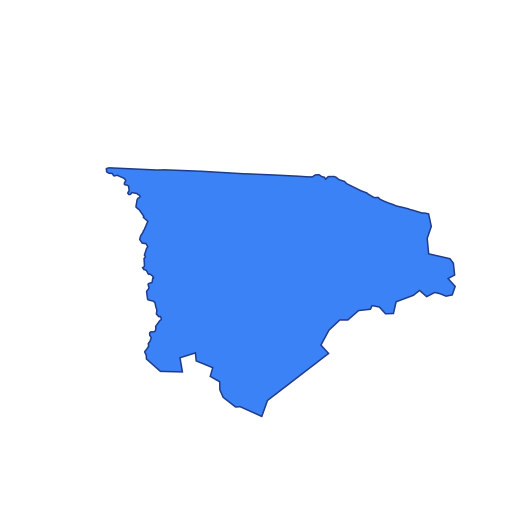 Pike, Kentucky, United States of America (orthographic projection), rotated 224°
{"feature_id": "52423323B94553693259062", "entity_name": "Pike", "entity_type": "district", "adm_level": 2, "iso_a3": "USA", "parent_name": "United States of America", "parent_adm1": "Kentucky", "projection": "orthographic", "projection_center": [-82.303, 37.469], "detail": "fine", "context": "isolated", "style": "filled", "palette": "blue", "viewbox_px": 512, "rotation_deg": 224, "n_neighbors": 0, "source": "geoboundaries", "source_scale": "gbopen_adm2", "svg_char_len": 2698}
<svg xmlns="http://www.w3.org/2000/svg" viewBox="0 0 512 512"><g transform="rotate(224 256 256)"><path d="M162.7,136.6L140.4,144.6L147.4,160.1L136.1,236.3L147.4,237.0L152.0,253.4L151.3,268.2L145.5,273.8L144.3,288.0L136.7,297.2L138.0,301.0L131.8,305.0L122.7,304.4L117.2,310.1L123.4,320.4L115.5,337.0L114.4,344.9L105.0,345.3L102.1,353.9L97.5,356.7L91.4,359.1L87.8,364.3L91.6,372.5L102.2,373.2L99.9,380.3L109.0,387.9L114.6,388.8L133.3,377.5L145.1,387.6L150.4,399.0L161.1,406.2L164.3,404.2L166.2,402.5L166.2,402.4L167.7,401.6L175.9,397.4L177.2,396.5L179.1,395.8L182.6,393.8L186.2,391.7L186.4,391.5L190.4,389.2L191.5,388.9L195.5,387.2L195.8,386.9L201.6,384.5L206.1,383.0L208.8,383.0L211.0,380.6L212.2,379.9L218.1,378.5L220.2,378.3L225.9,375.8L240.1,371.3L241.1,371.0L244.1,371.1L249.4,368.6L253.4,368.2L255.3,367.2L259.2,363.3L259.3,359.6L261.5,360.2L263.8,358.8L266.9,358.3L269.4,355.9L270.1,354.0L270.2,352.5L270.7,351.8L271.4,351.1L273.6,349.0L281.2,342.6L297.7,328.2L320.3,308.2L320.8,307.6L354.4,278.8L381.5,254.6L386.7,249.3L422.7,217.6L424.0,215.8L424.2,214.7L421.9,212.8L419.2,213.4L417.2,215.1L416.5,215.4L414.3,214.9L413.6,215.1L412.1,217.4L411.5,217.8L405.6,220.0L404.9,220.2L402.8,220.0L401.9,219.6L401.5,217.3L400.6,216.2L399.7,216.2L397.8,217.5L396.3,217.8L392.7,215.0L392.2,212.7L391.8,212.1L390.1,211.9L389.3,212.8L389.1,214.0L389.3,215.5L384.9,218.3L383.7,218.2L382.1,218.7L381.2,218.6L380.7,218.3L380.5,217.1L381.0,215.5L380.7,214.0L376.8,208.3L376.0,207.8L371.9,208.1L369.9,207.7L364.3,206.6L364.1,205.8L363.8,205.5L357.9,205.8L354.4,196.5L354.5,195.7L353.9,195.1L353.1,190.9L351.9,188.2L351.1,187.1L346.9,186.2L344.8,187.6L343.9,188.5L340.3,187.5L339.9,185.3L336.9,179.1L335.3,178.9L334.9,178.1L334.8,176.4L331.6,173.5L329.5,171.5L329.0,170.3L329.5,168.8L327.5,168.4L327.2,168.3L326.9,168.7L324.7,169.4L320.8,168.2L320.3,168.4L319.9,169.2L319.5,169.3L317.1,169.7L315.5,169.6L314.5,169.1L314.9,168.4L312.5,164.9L312.5,164.4L313.0,163.8L314.1,161.5L314.1,160.8L312.9,159.9L311.0,159.0L310.5,157.7L310.2,154.9L309.9,154.3L304.1,149.7L303.5,149.5L302.2,150.0L298.5,152.2L296.4,152.3L291.7,149.2L289.9,148.4L287.3,145.0L283.6,144.9L282.9,146.0L281.3,145.5L280.1,144.7L280.0,143.7L280.3,143.1L280.1,140.6L280.0,140.4L279.4,136.1L279.3,135.6L278.7,135.2L277.0,133.5L276.4,131.9L276.8,130.5L278.9,128.5L279.2,127.1L278.5,126.2L277.3,125.1L275.2,124.7L274.5,124.2L273.0,121.1L272.8,118.9L272.6,118.1L270.6,116.6L269.9,113.2L269.7,110.2L269.5,109.8L269.1,109.5L266.0,108.4L263.3,105.8L244.6,106.6L228.4,121.5L240.0,130.0L232.3,144.2L226.1,139.0L209.5,145.6L205.3,137.6L194.7,140.3L189.0,134.6L181.4,131.5L165.8,133.2L162.7,136.6Z" fill="#3b82f6" stroke="#1e3a8a" stroke-width="1.5"/></g></svg>